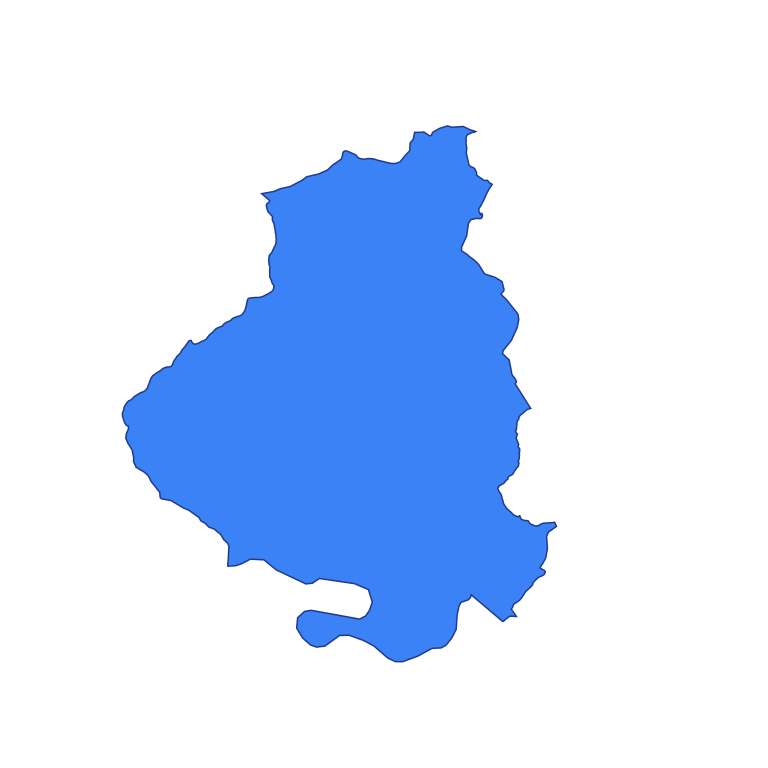 outline of Blandiana, Alba, Romania, rotated 25°
{"feature_id": "2599482B84573671130464", "entity_name": "Blandiana", "entity_type": "district", "adm_level": 2, "iso_a3": "ROU", "parent_name": "Romania", "parent_adm1": "Alba", "projection": "natural_earth1", "projection_center": [23.346, 46.001], "detail": "fine", "context": "isolated", "style": "filled", "palette": "blue", "viewbox_px": 768, "rotation_deg": 25, "n_neighbors": 0, "source": "geoboundaries", "source_scale": "gbopen_adm2", "svg_char_len": 6170}
<svg xmlns="http://www.w3.org/2000/svg" viewBox="0 0 768 768"><g transform="rotate(25 384 384)"><path d="M602.3,538.8L594.5,534.2L594.9,532.0L594.6,529.0L598.3,522.6L599.2,519.2L600.1,512.3L602.8,505.8L603.5,503.6L603.2,501.3L603.4,499.9L605.6,494.1L608.1,491.3L609.6,489.2L609.8,486.7L609.4,486.0L608.9,485.4L608.2,485.1L606.7,485.2L603.0,484.7L603.0,484.0L603.7,480.0L604.1,473.5L601.8,464.4L598.8,458.9L595.8,453.5L595.6,448.7L600.5,440.2L597.2,437.2L591.8,440.4L590.9,440.8L589.2,441.8L588.0,442.3L586.1,443.9L585.5,444.6L583.9,447.0L583.1,447.7L581.3,448.6L580.0,448.9L578.3,448.8L577.3,449.0L575.1,448.7L573.9,448.0L572.8,447.2L572.1,447.1L571.4,447.3L569.2,448.3L566.0,448.6L565.1,448.3L562.8,446.1L562.5,446.2L562.3,446.4L562.1,447.4L561.7,447.8L557.1,447.9L556.5,447.8L553.5,446.6L550.6,445.8L548.7,445.1L547.5,444.8L545.2,443.3L544.0,442.8L542.0,440.8L541.1,439.5L539.5,437.9L537.8,435.7L536.7,434.7L536.1,434.0L535.5,433.7L534.1,433.1L532.0,431.4L531.2,430.7L531.0,429.9L531.4,429.3L531.3,427.6L532.6,426.4L532.9,425.3L534.4,423.7L535.2,421.1L535.1,420.6L536.4,417.8L535.9,416.1L536.1,415.1L538.7,411.6L539.1,407.8L539.8,403.6L540.5,401.8L539.7,398.5L538.4,397.8L538.4,395.9L536.8,390.9L535.5,389.6L535.7,388.1L534.9,387.2L534.6,385.6L531.8,384.0L531.6,381.9L526.6,377.1L526.0,372.8L524.7,372.6L523.0,370.9L523.3,369.7L520.4,361.4L521.0,359.1L520.3,356.6L520.8,354.6L524.7,346.3L527.3,344.2L502.8,328.4L503.2,326.1L501.2,324.2L496.1,321.5L487.3,309.3L478.6,306.4L477.9,303.3L481.0,290.6L480.9,276.9L478.9,268.6L475.8,264.0L459.6,255.9L452.0,253.2L453.1,249.2L452.9,247.7L447.7,241.3L439.9,240.4L428.6,241.7L419.2,235.6L413.9,233.7L407.3,232.3L404.1,231.4L397.9,230.5L396.5,227.2L396.3,214.8L392.6,202.5L393.4,198.2L397.5,195.0L399.2,194.4L402.0,193.0L402.4,191.7L402.3,189.8L401.0,188.4L400.6,188.1L400.1,188.2L400.1,188.7L400.6,189.4L400.0,189.8L399.2,189.3L397.0,187.4L395.9,185.1L396.4,181.8L396.7,174.2L396.6,171.2L396.5,169.8L396.8,162.9L397.7,157.3L394.2,157.0L391.9,155.7L388.6,157.2L379.9,155.7L378.2,152.9L375.0,150.4L373.9,150.2L371.1,150.3L368.7,149.9L360.8,139.7L359.5,135.5L356.5,131.2L355.3,128.0L354.2,126.0L354.1,123.1L357.7,118.7L359.3,117.9L360.4,116.4L354.5,117.2L347.0,117.1L337.1,122.6L332.4,123.3L326.1,129.1L321.7,135.5L321.9,138.6L320.6,139.8L313.4,138.8L311.2,140.2L305.4,143.0L307.1,150.0L305.8,154.4L308.7,161.7L306.8,167.5L305.7,171.7L304.7,175.8L302.0,178.6L300.1,179.9L297.4,181.0L292.5,182.1L287.7,183.0L283.6,183.9L279.4,184.4L274.2,186.4L271.4,188.4L269.1,189.4L266.2,189.9L264.0,189.6L262.4,188.5L259.8,188.3L254.7,188.4L251.7,188.6L250.3,189.1L249.2,190.4L249.0,191.9L249.8,194.5L250.1,197.1L250.2,198.4L244.8,207.6L242.3,214.0L235.8,221.5L226.4,228.8L223.6,234.1L215.5,244.7L207.3,251.0L202.9,256.0L192.7,263.2L202.0,265.8L202.9,266.2L203.0,266.7L202.9,267.9L202.0,269.3L201.7,269.9L201.7,270.8L201.9,272.0L202.5,272.8L204.7,275.5L205.7,276.6L206.7,277.2L208.1,277.7L210.3,278.6L211.9,279.3L212.5,279.7L212.8,281.4L213.3,282.2L214.6,283.6L217.0,285.6L218.1,287.6L220.3,290.3L220.8,291.1L221.2,292.1L222.7,294.1L223.9,296.0L224.2,296.8L225.2,298.4L226.5,302.0L226.8,303.0L226.8,304.7L226.6,306.3L226.8,308.3L226.6,309.0L226.7,309.6L226.8,310.7L226.6,312.9L226.2,314.2L225.7,315.5L226.5,318.6L227.3,320.7L228.5,322.8L229.4,324.3L230.0,325.0L231.1,326.0L231.4,326.6L231.9,328.3L232.7,330.3L234.4,333.3L235.0,334.8L235.6,335.6L237.9,337.5L240.1,339.9L240.7,340.3L243.1,341.5L243.0,342.1L243.2,342.8L243.6,344.4L243.7,345.4L243.7,346.1L243.4,347.1L243.1,347.8L241.9,349.5L241.2,350.8L239.8,352.5L238.0,354.9L236.6,356.5L234.4,358.2L232.6,359.1L230.8,360.0L228.7,361.2L227.1,362.2L225.9,362.9L225.0,363.8L224.7,364.5L224.8,365.5L225.2,367.8L225.8,370.1L226.2,371.8L226.8,375.6L226.7,377.4L226.4,379.5L226.0,381.1L225.4,382.1L224.5,383.2L222.9,384.5L221.3,386.2L220.0,387.4L218.8,389.2L218.2,391.2L216.7,393.0L215.2,394.6L213.7,397.0L213.4,397.6L213.2,398.1L213.2,398.8L213.0,399.7L212.7,400.2L211.3,401.5L209.1,403.9L208.3,405.2L207.6,407.0L207.0,409.2L206.4,410.7L205.9,411.3L205.3,412.7L204.8,414.2L204.7,415.1L204.1,416.8L204.1,418.3L203.8,418.9L202.8,420.0L202.2,421.0L201.0,422.2L200.2,423.2L199.0,424.9L198.1,425.9L197.0,426.9L196.0,427.7L195.6,427.9L194.8,428.0L193.8,427.9L193.0,427.6L192.1,427.2L191.5,426.5L191.0,426.1L190.6,426.0L190.2,426.2L189.8,426.6L189.3,427.1L188.9,427.7L188.7,428.3L188.6,430.0L187.9,433.7L187.8,434.5L187.7,434.9L187.4,435.6L186.8,437.6L186.4,439.8L186.3,442.0L186.1,442.8L185.9,443.7L185.0,445.6L184.6,446.5L184.6,447.8L183.8,451.9L183.8,453.2L183.9,454.0L184.0,454.9L184.2,455.9L183.7,457.5L183.5,458.0L183.3,458.3L182.9,458.7L181.5,459.7L180.2,460.2L179.2,461.2L177.6,462.7L177.2,463.2L176.8,463.9L176.0,466.0L173.1,470.1L172.4,471.9L171.2,473.6L170.9,474.2L170.4,476.7L170.4,477.6L170.7,481.6L170.9,482.1L170.9,483.2L170.8,484.8L171.1,486.1L171.3,487.9L171.1,488.2L170.9,489.2L170.6,490.5L170.2,491.2L169.6,492.1L168.2,493.8L167.5,494.4L166.9,494.7L166.3,496.1L164.4,498.6L162.6,501.9L162.2,503.5L161.5,505.2L159.7,507.2L158.9,509.4L158.2,514.5L158.9,516.8L159.3,521.3L160.8,523.9L165.3,528.7L168.0,530.4L170.3,530.4L171.4,532.9L171.5,537.9L173.0,542.4L177.1,546.0L183.5,550.1L188.2,556.4L189.9,560.3L194.6,564.2L203.9,565.2L208.8,566.6L211.8,568.8L214.0,570.7L219.2,573.2L226.5,577.0L229.4,581.8L231.1,582.0L240.2,579.7L254.7,581.1L260.7,580.9L272.8,583.2L276.0,585.5L280.4,585.7L285.9,587.7L291.4,587.2L299.6,589.4L304.6,592.8L309.5,594.3L312.0,596.5L312.2,597.4L312.5,597.7L315.0,604.0L317.4,609.9L318.5,613.4L319.5,615.1L326.6,611.2L330.8,607.2L336.9,599.2L349.5,594.1L364.9,598.0L397.7,598.2L403.3,594.8L407.6,587.6L441.6,577.4L456.8,576.9L465.6,586.7L466.5,595.1L465.4,602.0L461.2,607.4L413.6,619.9L408.2,623.6L404.5,632.3L408.0,642.1L417.6,648.6L427.7,651.6L434.2,650.9L441.2,646.5L450.0,630.7L458.4,626.5L473.6,625.1L485.5,625.7L503.2,630.8L511.6,630.8L518.1,627.9L529.8,616.2L539.1,603.4L547.2,599.1L550.6,594.6L552.8,585.2L553.1,575.8L548.0,562.8L545.9,554.1L546.0,549.4L551.4,544.2L552.6,541.2L552.2,538.2L590.9,548.8L591.8,549.0L592.3,548.8L592.7,548.4L593.6,545.8L594.4,544.5L595.9,541.6L597.9,540.4L602.3,538.8Z" fill="#3b82f6" stroke="#1e3a8a" stroke-width="1.5"/></g></svg>